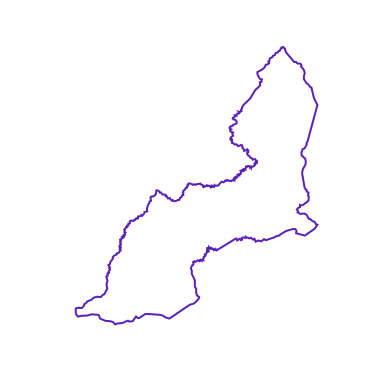 Khao Suan Kwang, Khon Kaen, Thailand, rotated 255°
{"feature_id": "78962969B79183208514946", "entity_name": "Khao Suan Kwang", "entity_type": "district", "adm_level": 2, "iso_a3": "THA", "parent_name": "Thailand", "parent_adm1": "Khon Kaen", "projection": "robinson", "projection_center": [102.806, 16.937], "detail": "fine", "context": "isolated", "style": "outline", "palette": "violet", "viewbox_px": 384, "rotation_deg": 255, "n_neighbors": 0, "source": "geoboundaries", "source_scale": "gbopen_adm2", "svg_char_len": 6044}
<svg xmlns="http://www.w3.org/2000/svg" viewBox="0 0 384 384"><g transform="rotate(255 192 192)"><path d="M109.2,49.4L104.2,48.3L101.2,49.5L101.0,53.5L99.8,58.6L99.8,63.6L97.8,69.0L97.1,70.1L93.5,70.5L89.9,75.1L88.5,79.3L86.8,82.1L84.0,83.4L84.3,85.7L83.5,91.0L84.3,96.1L84.2,97.0L83.1,97.8L82.6,101.3L86.2,105.7L84.1,107.2L83.9,108.3L86.1,114.7L86.0,116.6L81.7,129.2L80.2,131.9L77.6,134.1L75.6,137.5L83.7,160.7L83.7,164.3L84.6,166.8L87.2,170.9L88.8,171.7L90.8,170.0L93.9,170.0L97.4,171.0L99.8,170.3L106.2,171.9L113.0,170.6L115.9,171.4L118.6,171.2L121.0,173.0L121.3,174.4L123.2,175.1L123.9,174.8L124.3,175.4L124.5,176.3L123.6,177.2L124.5,179.7L123.4,181.2L124.0,181.6L123.6,182.3L124.2,182.0L124.4,182.7L123.3,183.5L123.7,184.1L123.3,185.0L124.1,184.7L124.8,186.1L126.1,186.4L126.6,188.0L128.3,188.1L128.0,189.1L131.0,191.4L130.0,191.9L130.3,192.8L132.3,192.4L132.3,191.5L133.1,191.8L133.2,192.5L133.9,192.5L133.6,193.7L134.1,193.9L133.0,194.2L133.5,195.1L132.1,195.6L132.0,196.3L132.8,196.2L131.9,197.5L130.3,197.9L131.0,199.3L130.3,199.3L130.2,200.0L129.9,199.5L129.2,200.5L135.6,221.9L135.5,223.0L133.5,223.1L134.5,226.0L132.7,226.8L132.7,227.3L133.1,228.0L134.7,228.2L134.9,229.8L133.9,231.1L135.0,232.2L133.6,233.0L133.6,234.1L132.3,235.3L132.6,237.2L130.2,238.7L130.7,240.2L127.5,240.7L128.0,243.4L126.4,246.2L127.8,249.4L126.3,250.9L127.0,260.8L127.5,261.3L127.4,265.3L128.1,266.2L130.0,272.9L130.1,280.4L129.4,282.2L128.5,282.6L127.2,282.8L125.2,281.9L120.7,289.7L124.8,301.1L128.0,304.6L128.8,303.4L131.1,302.9L133.0,300.6L135.4,299.1L135.6,298.0L140.6,296.6L142.2,294.8L142.9,290.6L145.0,289.5L145.1,288.7L146.6,289.4L147.9,288.7L149.2,290.5L149.5,292.4L151.5,293.0L150.7,293.7L150.9,296.3L153.4,302.2L157.5,303.7L158.4,303.1L161.3,304.4L162.7,303.0L164.6,303.1L164.9,302.5L167.1,301.9L181.7,303.2L185.2,304.9L189.4,308.9L192.8,310.0L194.9,309.9L199.2,307.3L201.6,307.9L204.7,309.8L205.0,312.1L208.2,315.1L209.5,315.2L211.1,316.8L243.6,335.7L251.0,334.1L262.1,334.4L262.4,333.5L265.8,332.2L267.8,330.6L272.1,329.3L275.2,330.2L277.2,331.5L280.4,331.8L285.1,329.8L285.8,330.5L287.1,330.4L288.0,329.7L288.8,327.2L290.8,326.0L291.1,324.3L302.7,318.9L306.4,318.8L308.4,317.7L308.4,316.3L307.9,316.6L307.5,314.8L306.5,314.2L305.6,313.0L305.7,312.1L304.5,310.9L304.6,308.7L302.8,307.4L302.6,305.3L301.4,304.4L300.9,301.7L298.9,300.8L298.1,299.5L297.3,300.1L296.3,299.7L295.6,297.5L295.9,296.2L293.6,294.4L292.3,291.9L290.8,286.1L288.6,285.7L284.7,286.5L283.1,287.4L282.7,288.6L280.4,287.5L280.4,285.9L277.2,285.4L274.1,279.5L267.2,272.3L263.1,264.8L260.8,262.2L259.6,261.9L258.7,260.5L257.4,260.8L256.9,258.7L257.3,258.1L256.3,258.5L255.7,257.9L256.1,256.1L254.7,254.8L254.9,254.1L254.1,254.6L253.9,253.4L254.3,253.0L253.2,251.9L253.1,250.9L252.5,250.3L251.4,250.8L250.4,252.6L248.3,253.4L246.7,252.8L246.0,248.6L245.4,248.1L245.4,246.2L244.6,245.0L244.0,244.9L243.9,245.5L243.0,245.2L242.4,246.0L242.0,244.9L241.1,244.7L240.1,245.2L238.9,247.1L237.9,246.0L235.7,246.3L234.9,244.0L234.1,243.9L233.7,242.7L232.2,243.0L232.3,244.2L231.9,244.4L229.1,243.2L228.0,244.9L227.0,245.3L226.5,247.3L224.3,248.5L224.7,251.5L224.3,251.5L224.1,252.4L222.2,252.6L221.6,252.1L219.3,253.3L218.3,253.0L218.2,255.0L219.0,256.3L217.4,257.2L216.7,256.3L215.8,256.5L215.3,255.2L213.2,255.4L211.8,256.8L210.0,257.3L208.8,258.8L207.6,258.9L207.5,261.4L205.8,262.1L204.9,261.7L204.7,262.8L203.2,262.1L203.8,260.9L203.3,260.9L203.1,259.7L202.3,259.6L202.2,260.1L201.6,259.6L200.9,258.3L200.7,256.0L200.1,255.6L201.1,255.6L200.6,254.3L202.1,254.3L202.7,252.5L202.1,252.0L202.6,250.7L200.3,249.7L200.6,248.7L199.8,249.0L200.1,248.1L199.4,247.7L199.8,247.3L199.0,247.0L200.2,245.9L200.0,245.0L199.3,246.1L198.5,244.2L196.9,243.8L197.1,242.0L196.5,242.1L196.6,241.3L195.9,241.5L196.4,240.2L195.0,239.8L195.2,239.0L194.7,238.8L195.4,238.3L195.1,237.4L194.2,237.9L193.7,237.2L194.1,236.3L193.2,236.3L193.6,235.4L193.1,234.8L192.4,235.1L192.9,233.8L192.4,232.8L192.9,232.4L192.9,231.1L194.2,229.8L193.8,228.8L194.4,228.3L193.9,228.1L194.3,226.5L193.4,225.7L193.3,224.7L194.3,223.1L191.5,218.9L192.1,215.7L192.8,215.5L191.9,214.6L192.4,213.8L191.7,214.0L192.2,213.2L191.3,213.2L192.0,212.9L191.5,212.7L191.6,211.4L192.8,211.9L192.8,210.7L193.8,210.0L193.7,208.7L194.8,208.0L194.1,207.0L193.8,205.0L194.6,204.9L194.2,204.2L196.1,203.9L197.4,202.1L198.0,202.1L198.3,198.3L197.9,197.4L198.7,196.7L198.7,194.6L199.5,194.2L201.2,191.3L200.2,189.7L199.3,189.9L198.8,188.5L197.5,188.3L197.5,186.9L196.0,185.6L195.4,183.8L193.4,183.5L193.2,182.7L191.3,182.8L191.2,181.4L189.7,180.4L189.3,178.8L187.6,177.7L188.0,176.5L187.5,174.6L187.7,172.2L188.6,171.0L189.3,171.1L189.0,170.2L190.8,169.0L191.9,169.0L192.0,167.1L194.9,166.3L194.8,165.5L196.3,165.5L197.4,162.7L199.6,161.9L199.7,160.7L201.0,160.6L202.5,159.3L202.8,157.9L199.7,156.8L198.4,155.4L197.8,153.0L198.2,151.4L197.5,150.5L194.1,150.1L193.9,148.6L192.3,147.9L192.0,147.1L187.9,144.2L184.9,143.8L184.9,140.9L183.5,140.1L182.0,137.8L182.9,137.1L182.0,136.4L182.3,133.5L180.4,132.9L181.0,131.3L180.2,130.7L180.2,129.3L179.6,129.3L179.2,127.8L180.1,126.1L179.8,124.3L177.8,123.9L177.5,122.9L177.8,122.3L176.4,121.8L176.4,120.9L175.7,120.9L175.6,120.0L174.9,120.2L174.7,119.0L173.3,116.9L172.7,117.3L171.0,116.4L170.3,117.1L170.1,116.3L168.3,116.4L168.2,115.7L167.8,116.0L167.0,115.2L167.4,114.6L166.5,114.6L166.6,113.6L166.0,114.1L165.5,113.6L165.5,111.9L164.3,111.1L164.5,110.3L162.8,110.6L162.8,109.8L160.4,109.3L160.2,109.8L159.0,109.3L158.6,108.1L158.2,108.5L157.4,108.0L156.8,108.9L155.8,108.4L155.6,107.6L154.5,107.8L154.7,107.2L153.6,107.1L152.2,105.4L152.1,103.3L151.2,103.0L150.4,99.7L149.5,98.5L148.3,98.5L145.7,95.2L143.6,93.9L143.0,92.3L140.8,93.2L139.9,92.9L139.8,92.2L138.1,92.7L137.2,91.2L135.7,91.1L135.8,90.1L134.8,90.0L134.6,88.9L132.8,88.8L132.4,87.3L128.3,87.5L125.3,85.6L120.5,85.1L116.0,80.9L115.8,79.3L114.1,76.7L115.4,73.1L115.4,69.7L113.9,67.2L113.5,62.7L112.1,60.9L111.7,59.2L109.7,57.7L108.6,55.7L108.8,53.8L109.5,53.0L109.7,50.2L109.2,49.4Z" fill="none" stroke="#5b21b6" stroke-width="2"/></g></svg>